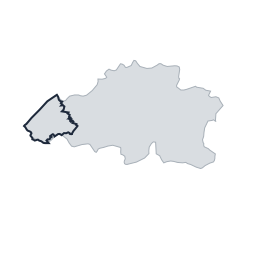 West Flanders on a map of Belgium (Robinson projection), rotated 340°
{"feature_id": "BEL-3479", "entity_name": "West Flanders", "entity_type": "Province", "adm_level": 1, "iso_a3": "BEL", "parent_name": "Belgium", "parent_adm1": "", "projection": "robinson", "projection_center": [3.055, 51.038], "detail": "fine", "context": "in_parent", "style": "outline", "palette": "slate", "viewbox_px": 256, "rotation_deg": 340, "n_neighbors": 0, "source": "natural_earth", "source_scale": "10m", "svg_char_len": 3227}
<svg xmlns="http://www.w3.org/2000/svg" viewBox="0 0 256 256"><g transform="rotate(340 128 128)"><path d="M116.5,71.7L120.4,73.3L123.9,73.7L125.4,73.0L124.4,69.1L127.2,67.1L130.3,66.2L131.8,67.8L134.6,69.5L136.9,69.5L142.9,65.1L144.4,66.0L145.7,67.6L146.0,68.8L146.3,70.1L147.6,70.7L152.4,70.4L154.8,68.0L156.7,66.5L158.2,67.5L158.9,70.5L160.3,74.3L166.1,78.5L170.9,79.8L176.9,78.9L179.2,78.2L180.9,78.8L182.5,81.0L185.9,83.6L193.2,85.5L195.4,86.5L197.0,88.2L196.6,90.7L193.2,96.9L192.8,98.7L193.3,99.3L192.6,100.4L188.2,104.6L187.8,106.0L189.4,108.4L190.6,110.4L193.3,111.4L195.9,111.7L200.7,111.8L205.8,111.9L206.4,113.1L212.2,116.4L214.0,119.1L218.2,121.6L214.8,124.9L215.4,126.3L216.6,127.8L221.3,128.7L223.6,130.8L223.8,134.1L225.0,139.4L215.5,144.6L212.9,150.5L212.7,151.7L212.4,151.5L211.3,149.6L209.5,149.6L205.5,148.8L200.1,154.1L197.7,158.5L196.2,161.8L194.0,164.5L193.6,167.4L193.9,168.5L193.2,170.1L193.2,171.7L196.4,174.9L197.2,176.6L201.2,182.2L200.0,184.3L199.1,186.5L198.0,188.1L196.7,189.1L192.7,189.0L187.6,189.7L184.2,190.9L182.4,190.9L178.7,188.1L174.5,183.8L171.8,181.8L170.6,180.1L167.4,179.4L162.8,177.3L159.5,175.0L156.8,173.6L152.9,172.9L149.7,173.0L148.7,169.2L148.3,164.9L145.7,161.9L149.1,150.8L147.0,149.7L144.7,150.6L141.4,153.2L139.8,156.4L138.9,159.2L133.3,161.9L124.3,162.9L114.6,161.9L113.2,161.2L112.6,160.3L112.6,159.3L113.2,157.8L114.9,156.0L115.3,153.4L113.6,151.1L112.4,150.3L112.9,148.1L114.1,145.3L114.4,143.8L107.8,139.0L103.0,138.1L98.4,137.9L94.8,137.4L92.8,137.6L91.3,139.0L89.8,140.0L88.7,138.8L86.6,130.4L85.1,129.2L79.1,127.8L71.0,127.3L68.8,125.8L67.6,122.0L66.9,117.5L64.2,113.1L62.8,112.0L60.4,110.1L56.2,110.9L51.1,113.4L48.1,114.1L47.0,114.4L42.9,111.9L38.4,108.1L34.7,104.0L33.9,101.7L35.0,99.0L33.7,96.9L31.7,93.0L31.2,90.0L53.0,79.4L66.3,73.9L72.6,72.3L74.1,77.8L75.2,79.5L76.7,80.6L78.7,80.9L81.0,79.5L84.1,78.1L89.2,78.7L92.9,80.1L94.3,81.4L96.7,82.7L100.3,83.0L107.2,80.6L113.8,76.8L115.8,74.1L116.5,71.7Z" fill="#d9dde1" stroke="#a8b0b8" stroke-width="1"/><path d="M37.4,108.0L37.0,108.0L36.3,107.9L35.9,107.8L35.7,107.4L35.2,106.6L35.0,106.4L34.4,106.1L34.2,105.9L34.3,105.6L34.7,104.9L34.7,104.5L33.7,101.8L34.0,101.2L35.2,100.3L35.5,99.9L35.3,98.6L34.6,97.7L32.8,96.1L32.3,94.9L31.8,92.1L31.0,90.6L32.0,90.0L33.9,89.5L40.8,85.5L51.2,80.6L61.3,75.3L72.5,72.5L73.0,74.9L72.8,76.5L72.7,77.9L73.5,79.5L74.7,80.6L75.0,80.7L75.1,80.8L73.4,81.7L74.3,83.3L73.1,84.0L74.5,84.3L75.6,86.0L73.8,88.7L71.6,89.8L77.3,93.0L76.2,93.7L77.7,95.7L76.4,97.3L77.3,98.2L75.7,98.8L78.2,99.7L77.2,99.7L77.9,100.3L77.6,100.6L76.4,100.5L76.8,101.2L76.1,101.7L76.5,102.6L77.7,102.0L78.5,102.3L78.9,103.5L77.7,104.4L80.8,106.6L80.2,107.2L81.3,108.5L81.2,108.9L78.1,110.8L75.8,112.1L73.5,114.0L73.3,114.5L72.8,114.4L72.5,114.4L71.3,113.6L71.4,112.8L70.3,111.6L68.2,111.8L66.1,110.9L63.8,111.8L63.2,112.0L62.4,110.8L61.5,110.1L60.2,109.8L56.2,110.8L56.2,110.6L55.7,108.5L55.0,108.1L52.0,109.0L52.0,109.3L53.0,110.3L51.1,110.9L50.9,111.5L49.5,111.7L48.8,111.2L48.4,111.2L47.1,111.9L48.1,114.5L48.3,115.1L44.3,113.6L43.4,113.0L43.1,112.6L42.4,111.4L42.1,110.9L40.3,109.5L39.9,109.0L39.8,108.6L39.5,108.2L38.9,108.0L38.4,107.9L37.4,108.0Z" fill="none" stroke="#1e293b" stroke-width="2"/></g></svg>